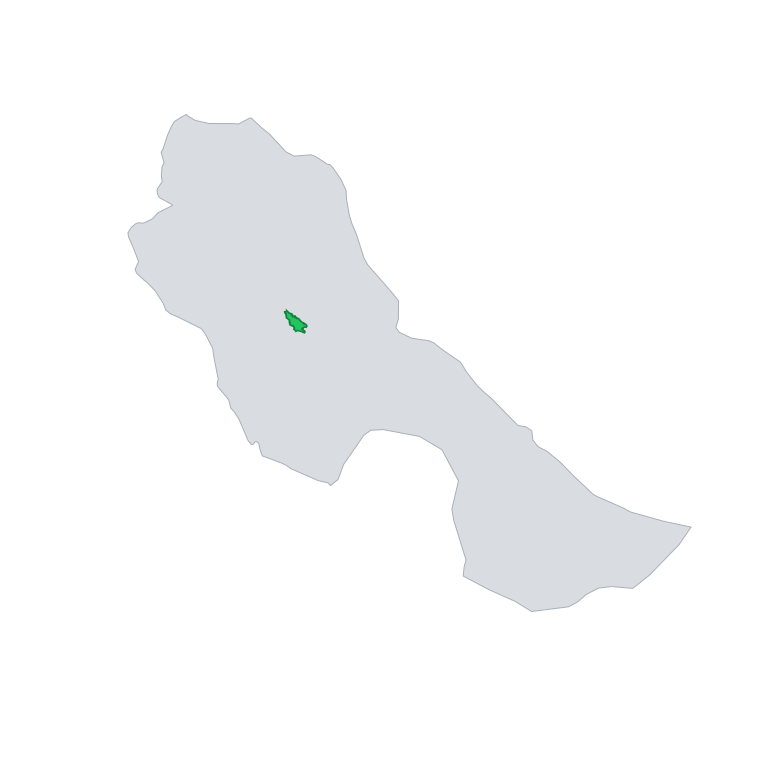 Jumurdas pag., Erglu, Latvia (highlighted), rotated 220°
{"feature_id": "27541924B12132010316150", "entity_name": "Jumurdas pag.", "entity_type": "district", "adm_level": 2, "iso_a3": "LVA", "parent_name": "Latvia", "parent_adm1": "Erglu", "projection": "equal_earth", "projection_center": [25.8, 56.947], "detail": "fine", "context": "in_parent", "style": "filled", "palette": "green", "viewbox_px": 768, "rotation_deg": 220, "n_neighbors": 0, "source": "geoboundaries", "source_scale": "gbopen_adm2", "svg_char_len": 5359}
<svg xmlns="http://www.w3.org/2000/svg" viewBox="0 0 768 768"><g transform="rotate(220 384 384)"><path d="M566.3,517.3L561.6,516.7L548.6,513.1L537.5,507.9L530.9,500.9L519.4,491.3L512.0,486.4L500.2,480.3L480.6,467.8L473.5,464.9L438.8,459.5L426.2,457.0L414.8,443.0L411.1,434.8L405.4,433.4L399.2,435.1L392.5,436.7L376.8,446.3L371.7,447.6L362.0,447.7L339.3,449.9L329.0,446.4L311.2,442.6L301.5,442.0L292.9,442.0L254.8,438.3L247.7,442.4L240.7,443.1L234.0,436.8L225.5,435.0L216.1,437.2L199.1,437.4L178.9,435.4L153.2,433.9L149.4,434.5L120.5,442.9L113.4,444.2L81.9,458.4L56.8,471.7L54.7,450.5L57.8,408.1L62.1,387.3L79.5,375.1L88.4,365.7L93.7,353.1L95.6,341.5L99.4,332.0L124.7,304.6L144.1,301.7L170.5,294.1L199.9,287.8L205.3,295.8L208.0,301.9L242.8,324.3L251.6,331.8L264.7,357.7L297.3,370.9L323.1,366.7L334.4,360.3L355.2,348.6L364.5,340.0L366.5,331.7L363.2,296.4L357.8,281.2L359.8,271.8L363.4,272.3L372.2,267.7L400.9,259.3L406.6,258.9L413.1,257.1L431.1,250.7L436.9,254.1L441.7,258.0L444.4,258.1L445.7,256.6L445.3,254.1L446.6,252.4L451.7,253.3L472.6,263.9L480.6,266.4L486.1,267.1L492.6,272.0L510.4,275.3L512.6,277.9L514.0,281.1L530.7,294.5L538.3,301.3L553.1,307.5L559.5,309.0L585.5,302.7L592.7,300.5L598.7,300.4L604.8,303.8L618.8,308.2L631.4,309.6L633.7,309.3L644.4,309.8L648.2,311.5L650.8,320.1L663.0,326.9L674.4,332.6L677.3,335.2L678.2,340.2L677.6,346.1L676.2,349.2L671.6,352.7L667.6,361.6L667.1,370.1L660.8,384.8L662.3,385.1L676.0,382.4L679.9,384.0L682.9,387.2L684.0,396.5L688.6,400.6L693.3,407.2L694.8,412.2L703.7,418.3L704.4,422.2L710.0,436.1L712.2,444.1L713.3,450.3L710.8,458.2L708.6,463.5L705.8,463.2L698.0,464.6L685.6,471.0L667.3,486.2L662.6,489.6L657.9,501.2L656.7,502.4L645.9,501.8L642.9,501.6L632.1,501.8L608.4,498.8L599.3,500.8L587.4,512.5L582.7,514.3L568.8,515.9L566.3,517.3Z" fill="#d9dde1" stroke="#a8b0b8" stroke-width="1"/><path d="M486.7,367.9L485.9,367.7L485.3,367.6L484.6,369.5L484.4,369.5L480.7,371.2L477.8,372.0L477.8,372.3L478.1,372.3L478.2,372.5L478.3,372.4L478.3,372.5L478.0,372.8L477.9,372.9L478.0,373.1L478.3,373.1L478.6,373.2L478.8,373.2L478.8,373.3L478.8,373.5L479.0,373.5L479.2,373.4L479.3,373.4L479.6,373.4L479.6,373.5L479.8,373.4L480.1,373.3L480.4,373.2L480.7,373.2L480.7,373.5L480.9,373.5L481.1,373.3L481.0,373.2L481.9,373.1L482.2,373.2L482.4,373.4L482.5,373.5L482.4,373.6L482.2,373.7L481.9,373.9L481.9,374.0L481.7,374.1L481.5,374.3L481.7,374.8L482.3,375.0L481.8,375.8L481.1,376.9L480.1,377.3L480.2,377.8L480.3,378.0L479.9,378.2L479.6,378.4L479.8,378.3L480.1,378.6L480.3,378.6L480.5,378.9L480.8,378.9L480.9,379.3L480.2,379.3L480.3,379.3L481.2,379.3L481.9,379.4L482.3,379.5L482.8,379.4L483.2,379.3L483.4,379.3L483.7,379.1L483.3,378.8L483.2,378.8L483.2,378.6L483.6,378.4L484.0,378.6L484.3,378.6L484.5,378.7L484.5,378.8L484.3,379.0L484.2,379.1L484.4,379.2L484.9,379.2L485.1,379.2L485.6,378.7L488.7,378.7L489.7,378.7L489.6,378.9L489.9,378.9L490.4,379.1L490.6,379.2L491.8,379.1L492.2,379.1L492.3,379.1L492.5,378.6L492.6,378.3L492.7,378.2L492.8,378.1L493.0,378.3L493.4,378.5L493.5,378.6L493.8,378.6L494.0,378.7L494.3,378.6L494.1,378.4L494.3,378.4L494.4,378.5L494.5,378.4L494.6,378.2L494.9,378.1L494.6,378.3L495.3,378.7L495.6,378.5L495.6,378.8L495.8,378.9L495.9,378.5L496.0,378.5L496.0,378.4L495.7,378.3L495.3,378.2L495.0,378.0L495.4,377.8L495.6,377.7L495.8,377.9L495.7,377.9L496.0,378.1L496.3,377.9L496.1,377.7L496.3,377.7L496.3,377.8L496.5,377.9L496.7,377.7L496.7,377.8L496.9,378.0L497.2,377.4L497.2,377.2L497.3,377.3L497.5,377.3L497.8,377.3L498.0,377.2L498.1,377.3L498.0,377.5L498.3,377.8L498.3,377.7L498.5,377.6L498.5,377.8L498.7,378.0L498.8,377.9L498.8,378.0L499.0,378.1L498.9,378.2L498.9,378.3L499.0,378.3L499.1,378.2L499.1,378.3L499.3,378.3L499.4,378.2L499.6,378.1L499.8,378.2L500.2,378.2L500.2,378.3L500.3,378.3L500.5,378.3L500.6,378.2L500.5,377.9L500.8,377.8L500.9,377.7L501.0,377.7L501.1,377.8L501.3,377.8L501.5,377.8L501.6,377.7L501.8,377.6L502.2,377.4L502.7,377.5L502.7,377.4L502.7,377.2L503.1,377.3L503.1,377.5L505.8,377.7L505.7,377.6L505.5,377.4L505.4,377.2L505.4,376.9L505.5,376.9L505.6,376.7L505.8,376.2L506.2,375.7L506.3,375.6L506.5,375.5L506.4,375.5L506.6,375.5L506.6,375.4L506.4,375.2L505.5,375.1L505.5,374.7L505.3,374.6L504.8,374.4L504.9,374.5L504.9,374.8L505.0,375.1L504.2,375.2L504.1,374.9L504.1,374.7L503.9,374.6L503.9,374.4L503.9,374.1L503.7,374.0L503.3,373.8L503.2,373.9L502.9,373.8L502.9,373.7L502.6,373.6L502.5,373.4L502.6,373.1L502.0,372.7L501.9,372.7L501.8,372.8L501.7,372.7L501.6,372.4L501.4,371.9L500.9,372.0L500.7,372.1L500.0,372.0L499.9,372.1L499.7,372.0L499.3,372.1L499.2,372.1L498.7,372.1L498.4,372.1L498.2,372.2L497.3,372.2L497.1,372.0L497.1,371.9L497.2,371.6L497.1,371.4L497.1,371.2L496.9,371.1L496.4,371.0L496.0,370.9L496.0,370.7L495.8,370.8L495.7,370.8L495.7,370.7L495.4,370.6L495.5,370.5L495.8,370.4L495.6,370.2L495.3,370.2L495.2,370.2L495.2,369.9L495.2,369.6L495.1,369.4L494.7,369.2L494.4,369.1L494.2,369.0L494.0,368.8L493.7,368.8L493.5,369.1L493.2,369.1L492.9,369.2L492.8,369.3L492.7,369.2L492.3,369.1L492.2,369.2L492.2,369.3L491.8,369.5L491.6,369.5L491.4,369.6L491.6,369.8L491.6,370.1L491.4,370.4L490.8,370.2L490.6,370.1L490.1,370.0L490.0,369.8L489.8,369.8L489.6,369.8L489.4,369.8L489.4,369.7L489.2,369.7L489.0,369.4L488.8,369.4L488.6,369.3L488.8,369.1L488.6,368.8L488.7,368.7L488.3,368.2L488.2,367.9L487.4,368.2L487.2,368.0L486.7,367.9Z" fill="#22c55e" stroke="#15803d" stroke-width="1.5"/></g></svg>